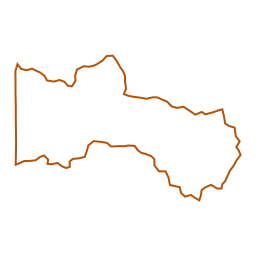 outline of Caieiras, São Paulo, Brazil
{"feature_id": "56859067B48741528638034", "entity_name": "Caieiras", "entity_type": "district", "adm_level": 2, "iso_a3": "BRA", "parent_name": "Brazil", "parent_adm1": "São Paulo", "projection": "orthographic", "projection_center": [-46.742, -23.377], "detail": "fine", "context": "isolated", "style": "outline", "palette": "amber", "viewbox_px": 256, "rotation_deg": 0, "n_neighbors": 0, "source": "geoboundaries", "source_scale": "gbopen_adm2", "svg_char_len": 1514}
<svg xmlns="http://www.w3.org/2000/svg" viewBox="0 0 256 256"><path d="M222.3,109.3L218.4,110.4L213.4,112.2L205.5,114.3L201.6,112.0L195.3,114.7L190.3,111.2L183.5,106.7L177.2,107.9L171.8,106.5L167.2,101.7L156.9,97.3L152.7,97.3L146.6,98.8L138.6,97.4L132.8,96.7L128.3,95.8L123.9,94.1L126.1,88.7L125.0,81.4L125.0,75.8L122.9,71.0L120.0,66.9L116.9,61.2L112.8,55.7L106.7,56.0L102.3,60.8L96.9,64.2L93.3,65.8L89.3,66.7L83.5,66.3L76.9,69.7L75.2,75.6L75.4,81.1L71.8,86.4L67.8,85.7L64.5,81.8L59.5,80.0L53.8,81.6L46.9,80.4L44.6,75.9L39.9,72.4L35.9,70.6L32.0,68.6L26.9,70.2L21.2,69.0L17.5,64.2L15.4,71.1L15.5,78.6L15.5,85.7L15.5,93.3L15.8,106.3L15.8,111.5L15.8,119.1L16.1,143.6L15.7,164.7L19.8,163.1L24.2,161.0L29.1,161.0L35.5,160.3L40.2,156.9L44.2,155.5L48.1,159.6L47.5,163.9L51.3,164.2L57.4,163.0L62.2,166.4L66.1,168.0L69.8,166.9L69.6,161.6L72.8,158.9L78.6,158.4L84.7,156.9L86.8,151.2L88.3,145.5L93.7,141.1L100.4,141.8L107.0,142.9L111.1,146.5L115.5,146.3L119.6,146.1L123.7,146.3L129.0,145.5L134.7,145.9L137.8,150.2L141.3,152.8L145.4,153.9L151.1,156.0L154.4,159.2L154.4,165.3L159.0,171.3L165.5,171.3L168.5,177.4L169.9,185.0L174.8,186.1L179.6,187.1L181.1,193.0L185.0,196.6L190.9,195.0L195.5,198.2L199.3,200.3L201.0,194.9L201.6,190.2L204.8,187.6L211.1,184.8L217.1,188.5L221.4,188.5L222.4,184.1L225.2,181.1L227.3,176.6L229.8,170.8L233.9,165.3L236.7,160.0L240.6,155.0L238.8,150.7L236.3,147.0L239.7,141.3L235.8,136.2L234.6,127.6L229.0,126.0L225.2,123.5L223.9,115.9L222.3,109.3Z" fill="none" stroke="#b45309" stroke-width="2"/></svg>